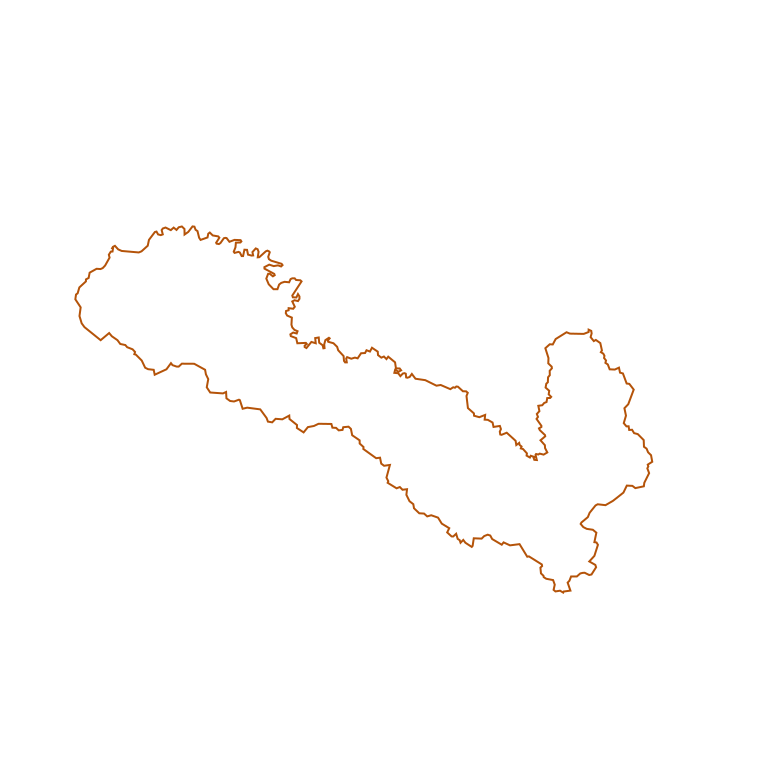 Myawaddy, Kayin, Myanmar (orthographic projection), rotated 320°
{"feature_id": "60261553B30562402338544", "entity_name": "Myawaddy", "entity_type": "district", "adm_level": 2, "iso_a3": "MMR", "parent_name": "Myanmar", "parent_adm1": "Kayin", "projection": "orthographic", "projection_center": [98.555, 16.566], "detail": "fine", "context": "isolated", "style": "outline", "palette": "amber", "viewbox_px": 768, "rotation_deg": 320, "n_neighbors": 0, "source": "geoboundaries", "source_scale": "gbopen_adm2", "svg_char_len": 6166}
<svg xmlns="http://www.w3.org/2000/svg" viewBox="0 0 768 768"><g transform="rotate(320 384 384)"><path d="M214.3,229.5L226.8,232.9L234.2,231.1L234.1,233.6L236.3,237.3L237.9,238.7L242.2,238.5L251.6,246.5L256.1,258.1L253.8,262.1L252.5,267.3L246.1,272.6L245.4,278.8L254.6,287.7L257.9,288.6L254.1,293.7L255.2,298.1L257.9,301.0L262.8,302.8L263.2,303.7L259.8,312.1L264.0,314.2L272.9,323.9L272.2,334.6L270.9,338.2L273.7,341.5L278.6,341.0L283.4,345.7L291.1,347.3L289.1,350.1L291.0,359.5L289.0,361.7L291.3,369.4L298.0,368.1L303.3,371.1L308.3,372.4L318.0,380.8L316.4,384.3L319.1,386.8L319.5,390.4L322.7,392.5L325.0,390.9L329.4,393.9L329.8,397.1L326.7,402.8L329.1,411.5L327.1,414.0L327.8,419.1L326.4,420.5L330.3,435.8L333.6,437.9L330.7,443.2L331.5,446.7L336.5,449.8L325.7,457.3L324.8,461.2L323.3,462.0L326.6,472.0L329.9,473.1L330.2,476.9L334.0,479.4L329.9,483.3L328.2,490.2L329.2,494.9L327.1,498.5L327.9,505.7L331.4,509.0L332.0,513.2L335.8,514.9L339.5,521.1L338.5,528.1L341.3,536.4L337.0,538.3L337.8,544.2L339.0,545.3L343.0,545.1L340.9,550.0L341.6,552.3L340.6,554.8L344.5,554.4L344.3,557.9L346.5,565.2L347.8,565.0L353.6,559.9L359.4,565.2L363.0,564.9L366.6,566.1L368.0,568.4L367.2,572.3L370.9,582.8L373.8,582.2L376.8,588.6L384.9,593.8L382.7,608.4L384.2,609.2L388.9,623.7L388.1,625.1L385.8,625.2L382.5,630.0L382.9,633.4L382.2,634.6L383.1,637.5L387.5,642.9L385.8,647.5L381.6,650.7L382.0,653.1L386.0,655.5L387.2,659.0L388.3,658.5L394.0,662.1L397.0,654.2L399.6,653.9L403.6,651.7L408.0,655.4L412.6,655.3L414.8,656.4L416.4,657.6L418.4,662.2L420.5,663.3L428.7,660.7L429.6,658.4L427.2,651.9L434.7,650.9L444.5,644.7L444.9,642.0L443.5,640.4L451.1,634.4L450.3,629.9L446.2,625.3L444.7,621.7L444.7,617.6L446.2,617.0L454.6,617.0L458.8,614.8L468.0,613.0L470.4,613.5L475.8,619.2L484.4,620.7L497.6,621.1L504.7,617.9L508.8,621.7L509.6,625.3L517.3,629.4L519.9,627.0L529.8,622.7L531.5,617.9L533.5,617.0L534.2,615.3L539.5,616.0L542.8,610.2L542.4,606.1L543.6,602.3L542.8,599.2L546.9,593.9L546.2,585.5L544.0,582.4L544.6,578.5L542.3,576.8L544.2,573.6L542.5,572.3L542.5,568.1L549.0,563.8L552.6,557.1L558.1,556.5L571.7,548.8L572.0,541.6L570.2,539.6L573.8,529.5L572.1,527.0L574.5,522.5L570.1,521.3L566.3,517.8L568.0,512.9L567.2,510.1L569.2,508.7L569.3,505.5L571.0,504.1L571.5,501.7L570.6,499.0L572.5,498.4L576.0,491.7L574.6,486.4L572.3,486.0L572.4,480.9L575.6,478.7L576.9,476.5L575.7,473.9L574.1,475.7L569.2,474.0L558.8,464.9L557.1,461.7L544.4,459.9L538.7,462.2L536.5,460.1L530.6,460.3L526.7,469.8L523.1,473.8L523.6,478.5L522.7,479.9L519.4,480.4L516.7,483.8L514.0,484.3L510.6,488.0L508.5,488.1L505.5,490.6L506.2,495.4L503.5,497.8L503.8,501.3L502.3,501.5L500.0,499.7L496.9,502.3L494.5,501.5L491.6,502.0L488.2,499.9L485.6,504.7L481.8,505.2L480.8,508.2L478.4,508.8L477.7,517.2L476.9,518.1L474.2,517.6L473.7,519.5L474.5,526.6L473.9,527.7L467.7,527.7L467.9,534.3L466.2,536.6L465.1,541.4L460.9,540.7L458.5,537.4L456.9,537.2L455.5,535.4L454.5,535.7L452.2,540.5L450.4,538.7L451.2,536.6L452.4,536.7L450.3,533.3L448.5,534.1L447.2,530.5L448.9,529.0L448.7,523.2L447.4,521.3L449.2,520.3L448.7,517.9L449.7,516.0L446.1,515.8L448.3,512.1L446.7,500.2L441.4,498.5L440.6,497.4L442.1,494.9L444.6,493.7L445.8,490.6L440.3,487.3L442.4,483.3L440.5,478.2L438.2,476.0L441.6,472.7L435.7,470.7L432.6,466.2L434.0,464.3L432.8,456.4L439.5,446.2L442.5,444.6L442.2,442.4L439.8,440.3L438.9,433.6L437.8,432.4L436.0,432.5L434.9,431.0L431.5,430.6L426.8,421.2L423.1,419.0L418.1,407.6L411.5,400.2L411.8,394.2L408.1,395.1L405.9,394.2L405.2,393.2L407.3,390.1L406.7,388.9L405.2,388.1L401.6,388.5L401.8,384.9L399.1,382.1L401.6,380.3L403.1,384.0L405.9,384.5L406.0,382.2L403.2,379.7L406.4,374.5L404.8,365.8L401.9,366.5L401.6,362.9L398.9,362.1L398.0,358.0L400.0,355.2L398.1,348.5L394.1,350.1L392.3,346.9L389.4,348.1L386.2,345.7L380.3,347.4L378.7,345.1L375.2,343.6L373.0,339.7L371.4,340.2L369.4,343.5L368.1,342.5L368.2,340.6L371.0,336.6L370.6,328.7L372.0,325.4L371.5,320.3L368.4,315.8L368.8,314.7L371.7,314.1L371.5,313.2L367.3,312.7L363.7,315.2L361.5,318.3L360.5,317.7L361.9,314.9L360.9,310.7L363.9,306.4L360.8,304.6L357.9,308.9L355.4,305.1L347.7,306.6L347.0,304.7L347.9,303.6L350.6,303.7L350.6,302.3L343.8,297.1L346.2,292.4L343.4,287.4L344.2,285.8L347.5,286.2L349.6,289.2L351.7,288.0L350.2,285.0L350.1,281.7L351.2,279.1L356.1,273.9L353.8,269.3L354.3,266.6L355.9,265.1L358.3,266.2L359.7,264.6L362.8,268.0L365.3,267.5L366.8,261.8L369.3,262.3L371.4,265.2L374.0,264.4L375.5,262.6L375.9,259.8L372.5,261.4L369.9,259.0L370.6,257.3L386.8,252.4L386.6,250.8L383.5,247.8L383.5,245.6L381.7,244.1L379.9,243.6L376.7,245.1L373.5,241.8L370.3,240.5L367.6,240.4L363.3,242.9L360.3,240.4L359.8,233.5L361.6,227.6L366.1,225.1L367.3,226.1L368.1,230.1L370.2,230.4L370.7,229.1L366.6,218.8L367.5,217.6L372.8,218.8L375.3,222.8L379.1,225.0L380.7,227.8L382.7,227.7L382.8,226.1L376.9,217.1L376.1,214.4L377.0,212.2L381.2,209.6L381.2,208.6L380.4,206.9L378.7,206.4L370.0,206.7L368.7,205.8L372.9,202.1L373.8,199.5L372.9,197.7L368.0,198.4L366.4,201.4L365.1,200.5L363.0,197.5L365.3,193.2L363.4,191.4L358.3,195.4L357.2,194.5L358.1,190.6L357.5,189.3L353.8,187.5L353.9,186.1L358.1,183.8L361.4,180.5L365.0,183.3L366.4,183.1L366.6,181.6L362.1,177.5L357.0,175.7L357.2,171.0L356.3,170.0L355.0,169.4L349.3,170.9L347.5,170.7L346.0,168.9L346.2,167.9L351.9,166.1L351.9,164.4L348.3,160.1L347.9,156.0L346.0,155.9L343.0,158.3L336.1,155.7L336.4,153.1L339.4,147.0L338.8,144.7L339.9,141.6L338.6,140.2L331.8,141.7L327.3,141.3L330.8,137.0L330.4,133.4L327.5,132.0L324.1,132.6L323.4,129.0L319.6,129.1L317.2,123.7L314.5,122.7L312.6,123.2L310.7,127.2L308.7,126.5L307.1,124.2L307.7,121.0L306.2,120.3L296.6,122.5L291.9,126.2L283.5,126.5L280.7,125.6L268.6,113.5L266.9,110.0L266.7,105.2L264.5,104.7L263.1,105.2L263.6,105.9L261.2,108.0L259.8,107.0L256.3,108.1L255.0,110.8L246.5,114.0L243.0,114.4L240.7,113.7L237.9,111.0L230.1,109.5L225.9,112.9L222.9,112.3L221.6,113.8L212.7,114.2L207.6,117.6L205.6,117.5L202.0,120.7L200.9,130.3L194.4,136.2L191.4,143.2L191.1,147.9L195.1,168.3L206.2,168.3L206.2,172.5L208.0,179.1L207.7,183.8L210.9,187.9L210.9,190.7L213.7,195.8L213.9,199.4L211.9,200.7L212.8,202.0L213.5,210.3L211.5,218.0L212.8,221.0L216.7,225.1L214.3,229.5Z" fill="none" stroke="#b45309" stroke-width="2"/></g></svg>